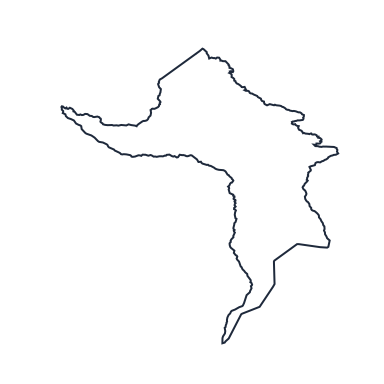 outline of Dianópolis, Tocantins, Brazil, rotated 101°
{"feature_id": "56859067B54547148967397", "entity_name": "Dianópolis", "entity_type": "district", "adm_level": 2, "iso_a3": "BRA", "parent_name": "Brazil", "parent_adm1": "Tocantins", "projection": "equal_earth", "projection_center": [-46.69, -11.796], "detail": "fine", "context": "isolated", "style": "outline", "palette": "slate", "viewbox_px": 384, "rotation_deg": 101, "n_neighbors": 0, "source": "geoboundaries", "source_scale": "gbopen_adm2", "svg_char_len": 5946}
<svg xmlns="http://www.w3.org/2000/svg" viewBox="0 0 384 384"><g transform="rotate(101 192 192)"><path d="M49.3,209.1L52.1,211.3L86.1,243.1L87.8,245.1L90.3,245.6L91.1,245.2L92.5,245.9L95.5,244.2L96.9,242.2L100.4,242.0L101.4,242.3L103.3,242.3L104.1,243.3L107.0,243.4L109.3,240.3L110.1,240.1L111.0,240.7L112.0,240.2L112.7,240.9L113.9,240.8L115.2,241.6L117.0,243.9L117.6,245.0L117.7,246.6L118.2,247.4L119.0,247.7L119.5,248.3L122.0,247.3L124.9,247.3L127.0,248.8L128.6,249.0L129.7,249.6L130.4,250.2L131.3,252.0L131.5,253.2L132.2,254.2L135.6,257.5L137.2,258.7L138.0,258.9L137.7,260.5L137.9,264.4L137.7,267.1L139.2,269.2L139.7,274.3L140.9,276.9L140.9,278.7L141.7,281.7L141.5,283.3L142.5,287.6L142.7,290.2L142.5,292.3L141.8,292.8L141.1,294.5L140.5,295.3L138.5,295.2L137.4,295.6L137.1,296.5L136.3,297.3L136.0,299.3L137.1,302.2L137.2,303.3L136.5,304.9L136.7,306.9L135.5,309.4L135.6,310.8L135.8,311.9L137.0,313.3L137.5,314.7L137.2,316.5L137.9,317.3L138.1,319.7L135.7,322.4L135.5,323.7L134.7,323.6L133.3,325.3L132.6,328.0L134.0,329.3L134.1,330.4L133.1,331.3L134.1,332.3L133.4,334.0L132.7,335.0L132.7,336.1L133.5,336.4L134.4,335.8L136.0,335.5L137.1,333.9L138.3,333.7L139.2,333.9L139.9,331.1L141.6,330.3L143.1,327.9L143.5,324.8L144.3,321.6L146.9,318.9L147.7,316.2L148.0,314.2L148.5,313.3L151.3,312.3L154.4,308.0L154.9,306.8L155.7,301.5L157.2,298.0L160.0,294.0L160.5,292.7L160.4,288.9L161.4,285.1L161.8,284.1L163.3,283.0L164.0,282.1L165.2,276.7L166.0,275.8L167.3,270.7L167.7,269.8L168.4,268.9L168.4,267.6L167.9,266.2L167.6,263.6L167.6,259.8L168.0,258.8L168.8,258.1L168.8,256.9L168.1,254.7L166.2,251.6L166.0,250.0L166.2,248.7L164.8,247.7L164.3,244.8L164.7,241.8L163.6,239.7L163.8,238.5L164.6,236.4L164.2,235.0L164.2,233.3L163.1,230.7L162.5,227.2L161.5,225.7L161.3,224.5L160.4,224.0L159.6,221.3L160.6,218.6L160.8,217.2L160.1,216.0L161.0,213.5L160.5,212.4L157.8,211.2L157.7,208.6L157.4,207.6L157.5,205.6L157.9,204.5L157.7,203.0L156.2,200.5L156.1,199.3L159.1,193.3L161.3,191.4L160.6,189.0L161.5,188.3L162.1,187.2L162.6,182.6L162.2,181.5L162.9,180.2L162.8,178.6L164.0,174.7L164.7,173.5L165.0,171.9L165.1,169.9L164.6,165.4L164.9,164.1L165.5,162.9L168.2,160.4L168.5,159.1L169.4,158.3L170.7,155.8L171.6,155.3L172.1,154.4L173.0,153.6L175.0,154.5L175.5,155.5L176.6,156.2L178.6,156.6L179.8,157.6L180.6,156.5L181.4,156.2L182.5,156.5L185.9,154.8L186.8,151.0L187.8,150.9L188.2,149.5L189.0,149.3L189.9,149.9L190.8,149.9L191.3,149.1L191.4,148.0L192.3,147.6L193.2,148.4L194.0,147.9L194.6,147.1L195.7,147.7L196.8,147.7L198.0,146.4L199.6,147.6L200.8,147.4L201.0,146.4L201.7,145.4L203.7,145.8L206.2,145.7L209.5,144.3L209.9,143.2L213.1,143.5L214.6,144.5L215.8,144.3L219.6,144.5L220.8,143.8L221.2,143.0L222.0,143.6L222.9,143.1L223.6,142.2L227.4,143.1L228.5,142.7L231.1,144.4L232.7,144.8L233.6,144.4L235.2,145.3L236.8,144.9L238.6,144.0L239.4,143.1L241.5,139.2L243.8,139.3L245.7,137.0L245.9,136.0L246.8,135.2L248.8,135.5L249.8,134.7L251.3,132.6L255.8,130.0L256.2,129.1L258.3,127.6L259.4,125.8L260.7,124.4L261.9,122.2L263.7,121.6L267.2,117.7L268.2,117.3L269.4,117.5L269.8,116.4L271.5,115.3L272.3,115.5L273.2,116.2L275.1,115.2L278.2,116.1L279.4,116.1L282.8,118.7L291.0,119.7L293.8,120.4L294.5,121.0L296.0,123.6L299.1,127.2L301.0,130.2L301.9,130.9L304.0,131.4L305.7,132.6L308.4,133.3L311.0,133.3L312.6,132.8L313.5,133.2L314.5,133.0L316.3,133.4L318.2,133.3L319.1,134.0L322.2,132.8L324.6,132.7L327.8,134.0L329.6,134.2L334.7,133.3L333.6,131.2L332.1,130.5L328.8,128.0L302.7,120.4L301.9,119.6L291.8,103.7L269.6,94.4L266.6,93.4L244.7,98.3L243.7,98.1L223.1,78.9L222.8,77.3L221.7,55.7L220.8,48.7L219.8,47.7L213.3,47.6L211.6,50.5L209.9,51.6L208.1,53.3L206.3,53.8L204.6,55.1L203.1,54.8L200.5,55.5L199.6,56.7L197.4,57.8L196.1,59.3L194.2,60.6L192.7,62.5L191.1,62.9L190.3,63.4L189.0,65.1L187.6,67.5L187.3,68.4L187.3,69.5L186.9,70.9L186.1,71.7L184.8,72.0L183.5,73.8L181.3,74.6L179.7,76.3L179.4,77.3L178.6,78.3L177.2,79.5L175.0,80.3L173.3,79.5L172.0,79.3L170.6,80.0L169.0,81.2L168.0,83.1L166.4,84.3L165.3,84.1L164.4,83.3L162.5,82.9L159.5,80.9L158.7,80.6L158.2,81.7L157.3,81.5L156.2,81.7L154.0,81.0L153.3,81.5L151.7,81.3L150.8,81.6L148.5,79.6L147.7,79.5L145.0,81.5L144.3,80.7L142.2,76.5L140.0,76.3L139.1,75.3L138.6,74.0L138.5,71.9L137.1,70.4L136.4,69.0L135.0,67.6L134.6,66.7L133.0,65.1L132.0,64.9L130.0,62.6L129.2,60.8L128.6,60.1L127.9,57.8L126.3,55.9L124.7,57.4L123.0,57.3L122.2,58.1L121.3,58.4L120.7,61.2L121.7,68.1L122.4,72.1L123.0,73.4L123.2,75.7L123.0,77.1L123.4,79.7L122.3,81.3L122.1,79.0L120.7,79.1L120.2,76.4L119.8,75.5L118.7,75.0L118.0,75.7L117.7,74.8L117.1,75.4L116.5,74.8L115.7,74.8L114.7,76.3L114.6,78.5L113.5,78.4L113.6,79.9L112.5,80.5L112.1,81.9L112.1,83.2L112.6,84.1L112.5,85.4L111.8,86.0L112.1,86.9L112.8,87.8L112.7,89.0L113.0,91.8L112.6,93.6L113.1,94.2L111.0,96.1L110.4,98.9L108.7,100.1L107.0,99.8L107.0,101.5L106.5,102.9L105.7,103.7L106.1,104.4L106.3,105.6L105.8,107.0L105.1,106.8L104.2,107.3L103.5,106.4L103.2,105.1L102.6,104.3L102.3,103.2L101.5,101.9L101.2,100.1L100.1,97.0L98.8,96.5L97.8,97.1L96.9,96.6L95.1,96.8L94.7,98.8L93.8,99.6L93.2,101.3L93.5,102.7L93.0,105.5L93.0,107.5L93.4,108.6L93.4,111.4L92.9,112.7L93.1,114.1L92.8,115.5L92.1,116.3L91.2,118.5L91.2,119.6L90.6,120.9L90.5,122.4L90.8,125.9L90.5,127.3L91.2,128.0L90.9,132.4L92.6,134.9L91.8,137.5L90.8,138.2L89.5,138.6L89.3,140.6L88.4,141.6L87.2,142.2L86.3,145.3L85.3,146.4L84.5,150.2L83.9,151.7L84.0,153.2L83.6,154.3L82.4,155.1L82.0,156.5L82.4,158.4L82.0,159.8L81.1,158.7L78.8,160.4L79.4,162.1L79.5,163.3L78.9,163.8L77.8,165.8L77.2,167.3L76.9,168.8L75.9,170.0L74.9,170.5L74.6,171.8L73.0,172.1L72.2,173.3L71.6,175.1L69.3,175.4L68.4,176.5L68.0,178.1L67.1,177.3L66.4,177.8L65.9,176.7L66.6,176.0L66.5,174.8L65.5,174.5L63.7,175.3L63.1,177.2L63.0,178.9L61.4,179.2L60.8,180.2L60.0,180.2L57.2,184.1L57.7,186.8L57.4,187.9L57.6,189.2L56.8,189.3L55.0,191.0L55.2,193.0L56.5,194.1L56.2,195.4L56.5,196.6L56.3,198.5L57.7,200.6L54.9,201.9L53.1,204.0L51.9,204.2L49.6,207.9L49.3,209.1Z" fill="none" stroke="#1e293b" stroke-width="2"/></g></svg>